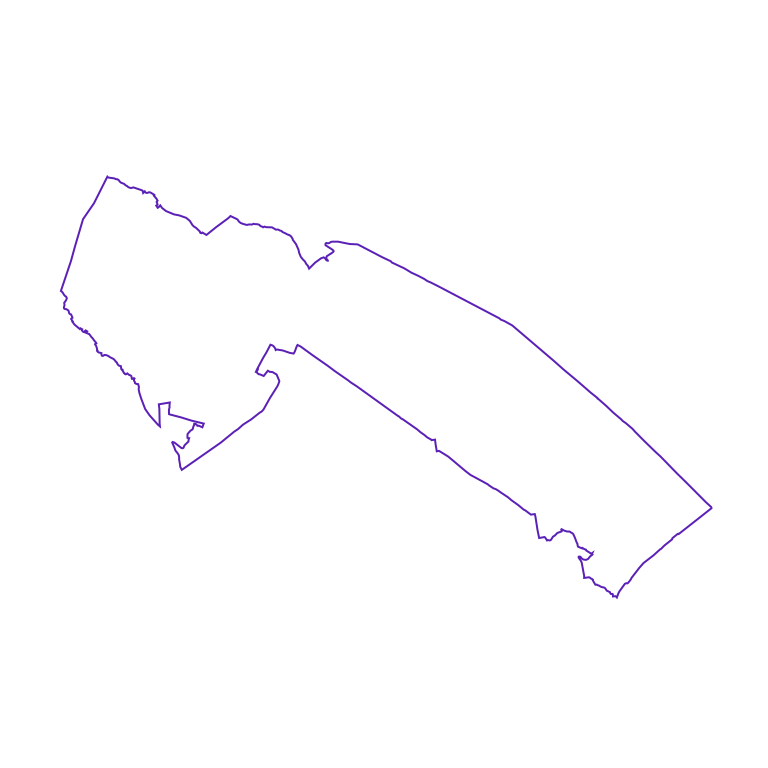 Cristinesti, Botosani, Romania (Albers equal-area conic projection), rotated 352°
{"feature_id": "2599482B10546697969723", "entity_name": "Cristinesti", "entity_type": "district", "adm_level": 2, "iso_a3": "ROU", "parent_name": "Romania", "parent_adm1": "Botosani", "projection": "albers", "projection_center": [26.378, 48.088], "detail": "fine", "context": "isolated", "style": "outline", "palette": "violet", "viewbox_px": 768, "rotation_deg": 352, "n_neighbors": 0, "source": "geoboundaries", "source_scale": "gbopen_adm2", "svg_char_len": 6124}
<svg xmlns="http://www.w3.org/2000/svg" viewBox="0 0 768 768"><g transform="rotate(352 384 384)"><path d="M670.9,525.3L661.6,513.2L647.6,494.1L643.6,489.3L634.2,477.2L625.9,466.1L623.7,462.8L617.8,456.2L615.2,453.8L613.9,451.9L607.0,444.2L601.1,436.7L594.1,428.6L593.4,428.1L593.5,427.7L587.3,421.1L576.1,408.2L563.7,394.5L555.2,384.5L519.2,343.9L512.1,338.5L508.5,336.4L507.6,335.2L505.1,333.4L451.8,295.1L444.3,289.9L441.4,288.2L438.5,285.6L432.9,281.6L426.7,277.6L420.2,272.3L408.7,264.8L407.8,263.4L399.6,258.0L377.4,242.1L369.5,240.6L358.4,236.7L353.1,235.9L351.3,235.9L349.4,236.8L348.2,236.9L346.6,236.3L345.8,236.7L345.5,237.3L345.4,238.2L345.7,238.7L351.4,243.6L352.5,244.8L352.6,245.5L352.1,246.1L350.8,246.9L345.1,249.5L344.3,251.1L344.5,252.1L345.6,253.9L345.5,254.1L344.2,253.4L343.5,251.8L341.9,250.2L339.3,250.7L332.7,254.2L325.9,259.3L325.1,256.4L323.6,254.1L322.8,251.7L321.1,249.5L319.3,246.5L318.2,242.1L318.0,239.0L316.3,233.2L313.8,228.6L313.7,227.5L312.6,225.0L311.2,223.5L309.0,222.4L307.5,221.2L304.7,219.4L303.7,218.1L302.4,217.6L300.6,216.3L298.5,216.1L294.9,213.3L289.1,212.3L287.5,211.5L286.1,212.0L285.4,211.3L283.6,210.4L282.7,209.0L280.7,208.1L278.2,207.7L277.2,207.2L275.4,207.7L272.5,207.2L270.3,207.4L266.8,205.9L264.6,204.7L263.1,203.2L261.8,200.7L261.1,200.1L255.3,196.3L252.9,198.1L239.8,205.2L228.9,211.7L225.2,208.7L224.4,209.3L223.3,208.9L223.0,208.4L222.9,207.4L219.7,203.3L217.9,201.8L216.5,200.1L214.4,195.4L211.2,191.9L204.6,188.5L199.6,186.8L192.2,182.4L188.7,178.8L187.3,176.0L185.4,177.6L184.4,178.0L183.3,175.6L184.7,174.9L184.6,173.5L184.2,172.6L184.2,172.0L185.3,171.0L184.5,168.9L182.3,165.5L183.0,164.9L182.9,164.7L180.7,162.9L179.3,161.8L178.4,161.5L177.9,161.4L176.5,161.8L175.1,161.6L174.5,161.2L173.9,159.9L172.1,161.3L171.9,159.1L171.3,158.5L163.1,154.4L160.9,154.8L159.0,154.0L157.9,153.2L157.3,152.4L155.6,151.1L154.4,149.6L151.4,147.9L150.4,146.6L149.8,145.4L148.6,144.2L147.0,143.8L145.4,142.8L140.1,141.3L139.4,140.9L138.9,140.2L122.0,164.6L108.9,178.9L97.4,204.2L91.1,218.7L77.0,246.9L78.3,248.3L79.5,251.0L80.2,252.2L81.3,253.2L81.8,254.4L81.7,255.2L80.9,256.7L78.6,259.2L78.6,261.2L78.4,262.1L77.7,263.3L77.7,264.7L78.2,265.2L80.0,265.8L81.6,267.2L81.8,267.5L82.1,270.0L82.3,270.4L82.6,270.9L83.8,271.6L84.7,274.7L84.7,275.1L83.3,275.8L83.2,276.1L84.5,278.8L84.1,279.0L85.8,282.1L90.4,287.2L91.1,286.6L92.7,287.8L92.2,288.3L92.2,288.7L93.3,290.4L93.8,290.7L94.3,290.6L96.0,289.4L97.3,290.5L95.7,291.6L99.1,293.6L100.8,296.8L102.0,298.4L102.7,300.0L104.2,302.4L104.8,303.6L103.6,304.1L103.4,304.5L104.1,305.8L104.4,307.0L104.8,309.7L104.5,310.3L104.5,310.8L105.0,311.4L104.7,311.8L105.6,312.9L108.5,314.1L108.3,315.3L108.5,316.6L109.1,317.0L109.7,317.0L111.2,316.3L113.3,316.9L115.1,318.0L116.1,319.1L119.8,321.7L121.1,323.6L121.3,324.4L122.0,324.9L122.5,325.8L122.6,326.5L123.5,328.3L124.5,329.2L125.9,329.7L125.9,332.6L126.5,333.6L127.0,333.4L127.2,333.6L127.2,334.9L127.7,335.9L127.9,336.9L128.6,337.3L128.8,338.0L129.7,338.5L131.3,337.8L132.7,339.4L134.3,340.3L134.8,340.8L135.1,342.7L135.0,343.3L135.2,343.9L136.2,343.9L137.1,343.4L137.5,343.6L137.7,343.8L137.1,344.6L136.9,345.9L137.6,347.5L137.5,348.4L138.7,349.4L140.5,349.9L140.9,352.9L140.3,355.1L140.5,358.6L141.6,365.0L144.0,375.5L147.5,382.4L154.5,392.9L156.2,394.8L156.3,392.1L158.1,377.4L158.2,372.8L169.3,372.5L168.5,375.8L168.4,377.3L167.5,379.4L166.9,383.9L167.1,384.1L178.6,388.9L188.1,393.4L200.0,398.1L198.1,401.6L194.8,399.5L193.9,399.6L193.4,399.4L192.7,398.0L191.9,397.3L190.5,397.0L190.4,397.3L190.8,397.9L190.1,398.4L189.2,399.8L188.4,401.9L187.5,402.6L186.0,403.2L182.6,406.1L182.1,408.0L181.9,410.0L183.5,410.5L182.7,412.1L182.3,413.8L178.0,416.9L176.5,419.3L176.1,419.5L175.0,419.5L174.4,419.1L168.4,412.9L166.6,412.0L166.1,412.5L167.5,417.3L168.2,420.9L170.0,423.9L170.9,426.0L170.9,428.7L170.6,429.9L170.8,435.2L170.7,437.7L171.8,440.9L214.1,419.4L229.1,410.3L233.1,408.4L238.6,404.7L247.3,400.7L257.1,395.0L259.1,394.2L261.2,392.4L269.1,382.0L278.1,371.4L279.6,369.0L280.7,366.8L280.7,366.2L279.0,359.7L275.3,356.7L272.5,356.0L270.8,354.7L266.0,359.3L262.5,357.2L261.4,356.9L260.7,356.3L259.5,354.6L258.8,354.2L259.6,353.0L260.0,353.5L261.3,351.7L261.3,351.2L260.9,351.0L267.8,341.5L272.1,336.2L277.0,329.3L279.0,330.3L280.1,331.5L281.1,333.4L281.5,335.3L282.6,334.9L288.4,336.7L294.9,340.0L298.7,341.3L300.1,339.6L302.8,334.6L303.8,333.3L306.8,335.4L316.7,345.0L331.1,358.4L337.0,364.3L349.0,375.4L351.4,377.9L356.6,382.4L393.5,417.7L393.9,417.8L396.4,420.8L397.4,421.3L410.5,433.5L413.3,436.7L416.9,440.1L419.4,442.9L423.2,445.8L423.3,446.2L426.8,446.2L426.7,451.8L426.9,458.0L429.2,457.9L437.5,464.8L452.6,481.6L457.0,486.1L472.7,497.7L474.4,499.5L477.8,502.5L480.1,503.7L482.3,505.5L484.7,507.8L491.0,513.4L494.2,517.0L500.3,522.8L504.8,527.8L506.3,528.8L511.3,533.8L515.2,533.8L515.5,536.4L515.7,550.0L516.2,558.1L521.6,557.9L522.2,558.4L523.7,561.6L524.3,561.3L526.4,562.0L527.6,561.6L530.1,558.7L532.0,557.9L535.0,555.6L539.1,554.8L539.5,554.5L539.3,552.7L539.6,552.5L542.3,554.4L544.6,555.5L547.4,556.0L548.5,557.1L549.7,557.9L550.5,558.9L551.7,562.9L552.7,567.6L553.3,569.1L553.3,571.3L553.6,572.2L557.4,574.4L557.7,574.0L559.7,575.6L560.9,576.1L561.2,577.1L565.4,580.7L565.7,580.9L566.9,580.3L566.0,581.8L566.4,582.1L564.1,583.4L561.8,585.6L560.0,586.2L558.7,586.1L556.7,585.4L555.3,583.9L554.6,582.6L554.1,582.2L553.1,582.0L552.6,582.4L552.6,582.9L552.8,583.5L554.2,586.1L554.9,588.2L555.5,601.8L555.2,603.9L559.9,603.9L560.7,604.2L561.8,605.4L562.8,606.0L563.6,606.9L563.4,607.2L564.0,608.9L565.4,612.2L566.9,612.3L567.3,612.8L568.6,613.4L571.1,615.3L573.4,616.1L574.0,616.5L574.6,617.1L575.8,619.6L578.8,621.6L579.0,622.9L579.5,623.5L581.1,623.7L581.3,624.0L581.2,626.3L583.6,626.3L584.1,626.6L584.9,627.8L587.0,623.9L588.2,622.2L594.7,615.4L596.2,615.0L597.1,615.3L597.6,615.2L598.8,614.2L601.2,611.9L602.0,610.6L611.2,601.6L616.1,597.4L627.0,591.2L634.4,586.2L635.3,585.9L639.3,582.9L647.6,578.0L648.0,577.0L648.3,576.7L654.0,573.3L654.4,573.2L654.9,573.6L691.0,552.6L690.9,551.4L686.2,545.7L670.9,525.3Z" fill="none" stroke="#5b21b6" stroke-width="2"/></g></svg>